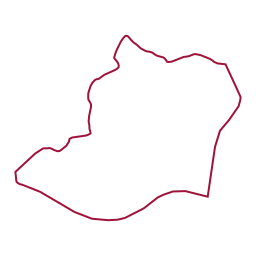 the border of Distrito Capital
{"feature_id": "VEN-43", "entity_name": "Distrito Capital", "entity_type": "Capital District", "adm_level": 1, "iso_a3": "VEN", "parent_name": "Venezuela", "parent_adm1": "", "projection": "equal_earth", "projection_center": [-67.01, 10.484], "detail": "fine", "context": "isolated", "style": "outline", "palette": "rose", "viewbox_px": 256, "rotation_deg": 0, "n_neighbors": 0, "source": "natural_earth", "source_scale": "10m", "svg_char_len": 1407}
<svg xmlns="http://www.w3.org/2000/svg" viewBox="0 0 256 256"><path d="M126.5,35.8L127.4,36.0L128.1,36.5L128.9,37.3L131.4,40.3L133.4,42.3L136.7,44.7L140.9,48.5L145.9,51.1L146.9,51.4L149.0,51.6L151.1,52.2L152.2,52.6L156.2,55.3L157.4,55.8L163.2,57.4L164.1,58.0L165.7,59.7L166.4,60.7L167.1,61.8L168.9,62.0L171.8,61.6L183.8,56.9L187.4,56.5L189.4,56.0L193.2,54.5L194.0,54.2L194.8,54.2L196.4,54.2L201.1,55.3L210.2,59.0L213.1,61.0L214.1,61.9L217.4,63.4L225.5,64.3L234.8,84.3L240.6,97.1L240.2,100.3L238.6,106.2L229.1,119.9L220.0,130.7L215.0,146.9L207.7,196.7L185.3,191.1L172.9,191.5L163.5,194.7L157.8,197.4L143.7,208.4L124.8,218.0L117.4,219.7L108.2,220.2L91.8,218.7L74.5,212.0L40.1,191.8L21.9,184.6L19.6,184.1L16.9,182.3L16.4,181.3L15.4,171.9L35.1,153.6L42.8,148.6L44.3,148.3L47.4,148.3L49.6,148.0L51.6,148.7L53.8,149.9L57.4,151.2L59.5,151.0L61.4,149.8L66.6,145.5L67.6,143.6L68.9,141.8L69.6,138.8L72.3,137.5L86.2,135.5L89.0,134.4L90.5,133.4L90.4,132.5L90.2,131.3L89.6,129.2L89.4,128.1L89.4,125.6L89.2,124.5L88.7,122.0L88.7,120.9L89.1,116.2L91.0,106.9L91.1,105.8L91.0,104.6L90.5,103.2L88.4,99.5L88.2,96.9L88.3,93.2L90.5,86.1L92.6,82.5L95.2,79.8L96.4,79.3L97.4,79.1L98.1,79.0L99.0,78.7L104.3,74.8L115.3,69.9L117.5,68.4L118.7,67.0L118.7,66.1L118.6,64.8L118.2,63.6L117.7,62.5L114.6,58.6L114.2,57.6L115.0,54.5L116.6,50.2L121.0,41.3L123.5,37.8L125.4,35.9L126.5,35.8Z" fill="none" stroke="#9f1239" stroke-width="2"/></svg>